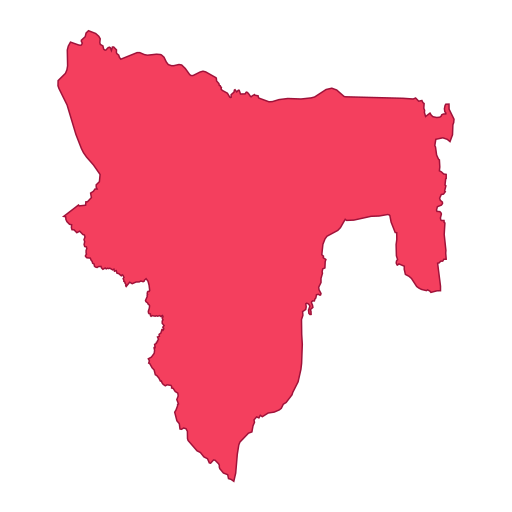 Bueng Na Rang, Phichit, Thailand
{"feature_id": "78962969B60737271692218", "entity_name": "Bueng Na Rang", "entity_type": "district", "adm_level": 2, "iso_a3": "THA", "parent_name": "Thailand", "parent_adm1": "Phichit", "projection": "equal_earth", "projection_center": [100.12, 16.173], "detail": "fine", "context": "isolated", "style": "filled", "palette": "rose", "viewbox_px": 512, "rotation_deg": 0, "n_neighbors": 0, "source": "geoboundaries", "source_scale": "gbopen_adm2", "svg_char_len": 5938}
<svg xmlns="http://www.w3.org/2000/svg" viewBox="0 0 512 512"><path d="M207.5,458.7L209.3,462.9L210.6,463.2L213.5,460.0L215.0,460.2L218.6,463.8L219.3,465.2L219.3,467.1L219.8,468.7L223.4,473.0L227.7,474.7L228.5,478.6L231.1,479.4L233.8,481.3L235.7,473.1L237.3,454.2L238.8,444.9L239.9,442.1L248.4,433.2L251.9,431.9L253.0,425.8L254.5,422.3L254.0,419.9L256.6,416.9L258.9,417.9L260.3,415.3L262.3,416.7L268.2,413.0L274.2,412.1L279.3,409.9L281.3,408.3L283.3,404.2L286.1,402.5L292.0,394.8L292.7,392.5L298.1,381.8L300.9,369.4L301.6,363.4L302.3,344.3L301.7,334.5L301.5,319.5L302.9,315.3L302.6,311.6L305.7,309.5L306.2,306.8L305.8,303.8L306.7,303.2L308.3,303.8L309.6,305.4L309.8,306.5L308.5,310.1L308.9,313.4L310.0,314.5L311.1,314.4L311.0,311.4L310.4,309.6L312.9,307.4L312.5,305.1L311.5,302.9L311.6,301.8L312.6,300.9L314.4,300.9L314.8,299.2L315.8,298.0L316.5,294.7L318.3,294.3L320.0,295.2L320.6,294.9L321.0,293.5L319.0,289.7L318.7,287.2L321.0,282.5L321.0,278.4L322.5,273.1L322.1,272.0L322.7,268.9L324.9,267.9L325.2,261.6L325.9,259.5L323.2,257.7L323.5,256.2L321.8,254.7L322.9,244.3L325.0,238.9L327.0,236.2L337.8,230.4L340.4,227.7L345.2,219.3L346.5,220.4L353.8,220.1L371.1,216.3L379.1,216.0L387.7,214.5L389.4,215.0L389.9,215.7L391.1,222.1L395.2,232.5L396.7,232.7L396.8,239.5L396.1,244.6L396.4,255.8L397.6,259.5L396.5,261.0L396.2,263.0L397.0,264.9L397.5,265.1L398.9,263.9L404.3,266.2L404.2,269.2L405.4,274.4L409.0,276.3L411.5,278.5L416.7,286.5L418.9,288.1L421.4,289.4L425.5,290.4L426.6,290.6L427.5,289.8L429.9,291.1L430.9,292.4L437.0,290.8L440.5,290.7L440.5,286.2L437.6,263.2L439.1,262.9L440.7,261.2L442.7,261.1L443.8,259.3L446.2,259.2L445.7,253.1L445.9,250.5L444.2,234.5L444.9,223.0L444.2,222.5L444.0,220.5L441.5,220.5L440.8,219.9L440.4,218.0L441.4,214.0L440.9,212.7L439.8,211.6L437.0,211.4L436.5,210.0L437.4,206.7L441.4,205.1L442.5,203.6L442.4,202.1L440.3,200.3L439.6,198.2L441.3,194.5L443.5,194.1L445.3,191.7L444.6,191.0L445.9,185.8L445.0,185.0L445.7,178.8L446.2,178.5L446.2,174.4L443.7,174.0L441.4,171.9L439.4,170.8L439.8,167.0L439.4,159.9L438.5,159.2L436.6,155.0L435.5,147.0L434.8,145.6L435.8,139.3L442.8,137.8L447.2,139.3L450.0,141.6L452.5,134.8L452.9,124.7L453.7,122.6L454.0,119.2L449.1,109.2L449.0,104.1L445.8,104.2L445.1,105.4L444.4,108.8L444.8,111.6L445.9,113.1L445.8,113.9L443.4,114.0L441.7,114.8L441.0,116.4L439.7,117.2L436.7,117.5L432.9,116.7L431.2,115.1L430.0,113.1L425.6,116.5L424.4,112.5L424.6,110.3L423.8,108.3L424.1,103.5L422.9,102.6L421.9,100.5L418.7,101.2L415.6,98.0L413.2,99.0L403.1,98.3L345.6,96.8L344.1,96.5L336.7,90.0L331.8,88.2L326.1,89.5L314.6,97.0L311.1,97.9L301.0,99.0L287.8,98.5L279.0,99.6L272.4,101.6L269.0,101.8L259.2,98.2L258.5,97.6L258.1,95.8L254.8,95.2L254.5,94.6L252.1,95.9L251.5,96.7L250.6,96.6L248.3,93.3L246.8,92.1L246.1,92.3L245.1,93.9L240.5,94.0L239.2,90.3L238.4,90.2L236.7,91.9L235.0,89.7L234.4,90.1L234.0,92.1L231.1,94.7L231.2,97.2L230.5,97.5L229.8,97.2L227.4,93.2L222.3,90.4L221.1,89.1L221.4,87.4L220.7,87.0L220.3,85.8L219.3,85.4L218.9,83.6L216.6,81.0L216.3,78.1L215.8,77.6L205.7,71.9L203.0,71.2L200.1,72.0L192.9,75.6L190.9,75.5L189.6,74.5L185.3,68.5L181.7,65.0L179.0,64.5L173.7,65.7L171.5,65.7L168.3,64.6L166.3,62.0L164.0,57.2L161.4,54.9L160.2,54.5L156.5,54.2L147.4,55.2L144.4,54.6L139.7,52.6L137.1,52.6L120.8,59.2L119.4,57.3L118.7,55.1L116.8,53.6L116.4,52.5L116.5,49.9L113.7,47.0L112.4,47.0L111.4,50.5L110.2,47.6L109.5,47.2L108.2,47.6L105.8,50.1L105.1,50.2L103.7,49.2L102.9,45.9L100.3,44.4L99.8,42.6L100.2,38.8L98.8,36.3L95.7,33.5L88.5,30.7L86.1,33.0L85.2,36.7L81.4,40.2L81.3,41.2L82.3,43.1L81.4,45.0L80.2,45.3L78.4,44.9L70.5,42.1L68.3,46.1L67.3,50.0L67.6,65.9L66.9,69.9L65.4,73.4L58.1,80.6L58.0,85.8L58.9,88.4L67.1,105.0L75.9,134.4L81.4,148.5L83.5,152.7L86.5,157.0L93.5,165.0L100.1,174.5L99.4,181.7L96.2,184.8L96.2,187.2L97.1,189.0L95.0,189.0L93.4,191.3L90.6,193.1L91.4,197.6L87.4,201.8L85.9,201.8L85.6,205.2L79.2,205.9L78.5,205.0L63.7,216.4L65.7,216.8L65.9,219.4L66.9,221.6L69.5,224.3L71.6,224.7L71.4,227.7L72.0,229.7L74.0,229.8L76.8,232.7L79.7,231.2L82.9,234.5L84.4,235.0L85.0,237.0L84.0,239.6L84.7,241.7L84.1,244.5L84.7,246.5L86.4,246.9L86.8,248.5L86.1,250.5L86.1,253.1L86.5,254.1L85.5,255.5L85.5,256.4L86.9,257.8L90.3,258.1L91.1,260.2L92.2,261.5L92.6,263.2L94.1,264.1L94.4,266.1L95.4,267.0L97.1,267.5L98.4,266.6L101.0,266.4L101.4,267.8L102.9,269.3L105.2,268.0L106.2,268.9L107.6,268.2L108.6,268.6L109.8,268.2L112.7,269.9L113.9,269.2L114.5,271.2L116.2,270.6L117.0,273.2L118.7,273.6L121.3,275.8L122.2,274.8L123.0,275.3L124.0,277.5L123.1,278.7L123.9,280.1L123.8,281.3L124.9,282.1L125.0,283.1L126.0,284.6L125.7,285.8L126.2,286.5L129.7,282.2L132.2,283.7L136.1,282.0L139.2,281.9L140.9,281.0L143.1,281.7L144.2,281.1L144.4,280.2L146.1,278.7L148.0,281.2L149.1,285.3L149.7,290.5L149.2,291.4L148.2,291.3L147.5,292.0L147.2,293.7L147.6,294.5L147.1,295.1L147.3,296.3L145.5,300.5L145.9,301.6L147.7,303.0L148.0,304.0L148.9,304.6L149.6,305.8L149.3,308.2L148.3,311.3L148.5,312.9L149.1,313.7L150.4,313.9L150.5,315.7L151.1,316.3L152.1,315.6L155.3,316.2L156.3,315.7L157.5,316.2L159.7,315.6L161.2,316.7L161.6,315.9L162.5,315.5L163.0,316.7L162.3,318.5L163.0,319.8L162.2,321.1L162.2,323.3L164.1,325.6L162.8,327.2L163.7,328.3L163.6,329.4L162.9,330.3L162.3,329.4L161.9,329.5L160.9,333.0L159.1,334.4L159.4,336.3L157.5,337.0L158.5,339.3L157.5,340.7L157.5,341.7L156.4,342.3L156.4,343.4L154.6,344.4L155.2,347.1L154.9,347.8L154.3,347.4L154.0,347.8L154.6,350.2L154.2,353.3L151.4,357.1L148.3,358.8L149.4,360.8L148.7,363.1L149.8,363.7L152.1,367.8L154.1,369.9L155.3,374.7L156.8,375.6L158.9,378.1L160.4,381.1L161.4,381.0L162.0,382.8L163.2,384.4L165.3,385.8L167.1,384.8L171.0,385.4L171.7,386.7L171.6,388.0L173.2,388.4L175.2,391.5L177.8,393.1L178.2,396.0L176.8,399.6L178.5,403.9L177.6,404.4L177.6,405.7L176.0,410.0L174.7,412.2L176.9,420.8L179.3,423.7L180.0,429.0L181.5,429.3L183.7,428.0L186.0,428.7L187.4,431.3L187.5,438.6L188.1,440.5L197.0,450.8L200.4,452.5L203.9,456.9L207.5,458.7Z" fill="#f43f5e" stroke="#9f1239" stroke-width="1.5"/></svg>